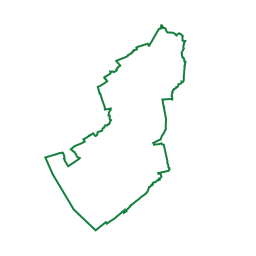 Vulturesti, Olt, Romania (Albers equal-area conic projection), rotated 336°
{"feature_id": "2599482B48187985775349", "entity_name": "Vulturesti", "entity_type": "district", "adm_level": 2, "iso_a3": "ROU", "parent_name": "Romania", "parent_adm1": "Olt", "projection": "albers", "projection_center": [24.352, 44.735], "detail": "fine", "context": "isolated", "style": "outline", "palette": "green", "viewbox_px": 256, "rotation_deg": 336, "n_neighbors": 0, "source": "geoboundaries", "source_scale": "gbopen_adm2", "svg_char_len": 5665}
<svg xmlns="http://www.w3.org/2000/svg" viewBox="0 0 256 256"><g transform="rotate(336 128 128)"><path d="M135.9,188.1L135.8,186.8L136.6,186.9L137.3,186.8L138.0,186.6L138.7,186.1L138.9,184.6L139.1,183.1L138.8,183.0L138.8,182.8L137.1,182.2L137.2,181.5L147.5,183.6L148.0,183.4L148.7,182.8L148.9,182.6L149.1,182.6L149.1,182.0L149.4,181.3L149.2,181.2L149.0,180.7L149.2,179.7L149.5,178.8L149.7,177.7L149.7,177.1L149.6,176.3L149.8,175.6L150.3,174.9L150.6,174.2L150.7,173.3L153.8,158.3L153.8,157.7L152.5,156.9L152.5,156.3L152.2,155.5L150.7,155.5L150.2,155.5L144.9,153.8L145.0,151.9L148.9,151.8L151.3,151.7L152.6,151.7L153.1,151.8L153.2,151.6L155.5,149.2L157.2,148.0L158.2,147.6L159.8,146.3L160.7,145.3L161.9,144.7L164.7,138.5L166.0,136.2L166.5,134.7L167.2,131.9L167.5,130.9L167.9,129.0L168.3,127.0L168.7,125.9L168.8,125.0L168.9,124.6L169.4,124.2L169.6,123.8L169.6,123.6L169.4,123.3L169.3,122.8L169.8,120.9L170.4,118.4L170.8,117.2L171.0,116.0L178.4,118.7L179.5,119.3L179.8,119.9L180.0,120.0L180.8,118.4L180.7,117.6L180.7,117.3L181.0,117.0L181.2,116.7L181.1,116.4L181.4,116.1L181.5,115.6L181.7,115.0L182.0,114.8L182.1,114.6L182.7,114.2L182.8,114.0L182.8,113.7L183.2,113.6L183.3,112.7L184.2,112.1L185.3,111.9L185.5,111.7L185.4,111.2L185.9,111.0L186.6,111.2L187.1,111.0L187.9,111.1L188.8,110.2L189.3,110.6L189.9,110.6L190.1,110.4L190.9,110.0L191.1,109.8L191.2,109.6L191.4,109.3L191.7,108.6L191.8,108.5L192.3,108.5L194.0,108.9L194.5,108.9L195.5,108.4L195.7,107.9L195.8,107.3L196.3,107.5L197.3,108.2L198.4,106.9L199.1,105.3L199.5,104.7L199.6,104.3L200.5,102.5L201.9,100.2L202.2,99.3L204.2,96.1L204.6,95.0L204.6,94.5L205.7,93.8L205.7,93.2L206.0,92.7L206.3,92.1L206.6,91.8L206.9,91.6L207.2,91.5L207.4,91.1L207.5,90.6L206.7,90.1L206.5,89.9L206.5,89.7L206.9,89.2L207.1,88.5L207.3,88.0L207.4,87.8L207.1,87.3L207.1,87.1L207.4,86.6L207.4,86.4L207.3,86.2L206.9,86.2L206.6,86.1L206.5,85.8L206.5,85.6L206.6,85.2L206.6,84.5L206.8,83.7L206.9,83.2L207.4,82.8L207.3,82.5L207.3,82.2L207.3,81.4L208.6,80.2L209.5,79.6L209.9,79.1L211.3,78.1L211.1,77.7L211.3,77.3L211.8,75.7L212.4,75.1L212.9,74.5L213.4,74.2L213.4,73.5L213.6,73.2L214.2,72.7L214.7,72.6L215.1,72.1L215.6,71.8L213.4,70.3L213.8,69.8L213.9,69.0L214.2,68.0L215.2,66.7L215.1,65.9L215.4,65.8L215.4,65.7L215.1,65.5L214.9,65.2L214.8,64.9L214.6,63.9L213.6,62.9L213.2,62.3L211.3,62.5L210.8,62.7L210.3,62.7L210.1,62.7L209.9,63.1L209.6,62.7L209.6,61.9L209.4,61.6L208.2,59.6L206.7,58.6L202.9,56.8L202.5,55.0L202.6,53.5L202.7,53.1L202.7,52.5L202.5,52.1L201.4,51.1L201.0,49.8L200.9,49.7L200.7,49.1L200.6,48.4L200.7,48.0L200.5,47.8L200.4,47.7L200.2,48.0L199.3,48.6L199.2,48.9L199.7,50.6L199.2,50.6L196.6,50.0L195.9,50.6L194.5,51.5L191.2,53.9L190.6,54.2L190.2,54.6L184.7,58.7L183.1,59.7L182.2,60.4L181.3,60.9L181.1,61.4L180.5,61.4L180.3,59.9L180.3,59.7L180.3,59.0L174.8,58.4L173.7,58.4L172.2,58.1L171.4,57.9L171.2,57.9L171.0,58.0L170.8,58.0L170.1,57.9L168.5,57.8L168.3,57.9L168.2,58.9L168.4,59.6L168.2,59.8L167.1,59.8L165.6,59.4L164.5,59.4L164.3,59.6L164.2,59.6L163.9,59.6L163.9,59.8L163.9,60.0L164.2,60.2L164.0,60.3L162.8,60.6L161.7,60.7L161.6,61.1L160.9,61.2L159.1,61.4L158.6,61.3L157.7,61.4L157.6,61.6L157.6,61.9L155.1,62.3L153.6,62.3L147.6,61.9L144.6,61.9L145.2,64.4L145.9,66.5L146.0,66.8L145.9,66.9L146.2,67.7L145.9,67.7L145.5,68.2L143.6,68.3L143.2,68.8L142.5,68.9L141.6,69.4L141.3,70.0L141.4,70.3L141.0,70.4L141.0,70.5L141.0,70.8L140.4,70.9L139.8,71.0L139.2,71.1L137.8,71.2L137.4,70.4L137.0,70.3L136.1,69.9L136.0,70.0L135.7,69.9L134.9,69.7L134.7,69.4L134.2,71.1L126.8,72.1L126.8,72.5L126.9,72.8L127.0,73.5L127.4,73.9L127.5,74.6L128.1,76.7L123.9,77.7L120.2,78.1L117.1,78.2L116.1,85.2L116.6,85.3L115.9,91.3L115.5,96.1L115.4,97.5L115.3,99.4L114.9,100.2L114.7,101.0L114.4,101.7L116.2,102.3L120.2,103.2L119.9,103.8L119.5,104.3L119.0,104.6L118.6,104.7L118.4,104.8L117.5,105.6L117.2,106.0L116.8,106.2L115.3,108.6L116.3,109.2L116.2,109.9L115.7,110.6L114.9,112.3L115.0,112.5L115.2,113.1L115.8,113.9L115.6,114.1L114.9,114.0L113.4,115.7L112.9,116.5L112.4,116.8L111.8,116.5L111.5,116.6L110.8,116.7L110.1,117.1L109.8,117.2L109.4,117.1L109.1,116.6L108.6,116.4L108.3,116.3L107.7,116.5L107.4,116.7L106.9,117.6L106.7,117.7L106.6,117.8L106.4,117.6L105.6,118.0L104.9,118.0L104.6,118.1L104.1,118.7L103.7,119.5L103.3,119.7L102.8,120.0L102.5,120.0L101.6,119.7L98.9,119.4L98.6,119.5L98.1,119.9L98.0,120.4L97.4,121.3L97.0,121.6L96.1,121.9L95.8,122.1L95.1,122.1L94.8,121.9L94.4,120.5L94.3,119.9L94.0,118.7L90.6,119.3L90.5,119.1L90.9,118.9L89.2,119.2L89.2,119.5L84.1,120.2L82.7,120.2L83.0,122.5L83.0,122.8L82.9,122.9L78.4,123.1L74.3,122.9L71.6,122.9L67.1,124.2L67.9,125.8L68.2,126.8L68.9,127.4L69.3,127.9L69.1,128.1L69.5,129.4L69.8,131.2L69.8,131.6L69.6,132.9L69.8,133.6L70.4,134.6L71.7,135.9L71.0,136.3L57.8,138.6L56.9,131.9L57.1,131.5L57.3,131.1L57.1,129.8L57.8,129.6L57.9,129.4L58.4,126.7L58.6,125.4L58.5,125.1L58.5,124.5L58.2,123.8L56.3,123.5L55.1,123.1L54.5,123.0L51.8,122.8L40.5,121.3L40.4,139.8L42.9,160.4L45.1,178.8L45.2,180.2L56.8,208.3L69.5,205.0L69.8,206.8L74.0,205.9L77.1,205.5L79.7,205.0L82.3,204.1L87.3,202.8L88.2,202.4L90.4,201.8L90.2,202.0L90.2,202.3L90.1,202.7L90.2,202.8L89.8,203.8L92.8,203.4L92.8,202.4L94.8,201.8L96.5,201.1L98.2,200.6L98.2,200.0L102.6,198.9L104.5,198.4L106.8,197.9L109.7,197.2L110.6,196.9L111.7,196.4L115.0,195.8L118.6,194.9L119.1,194.4L120.0,194.0L120.9,193.0L122.9,191.2L123.1,190.6L123.3,190.5L123.8,190.8L124.7,190.4L126.3,190.1L126.4,189.5L126.5,189.5L127.1,190.0L127.4,190.0L127.6,189.6L128.0,189.3L128.0,188.6L128.3,188.3L128.8,188.3L129.2,188.1L129.8,188.4L130.6,188.4L130.9,188.6L131.2,188.7L133.3,187.7L133.9,187.8L134.4,188.1L134.8,187.7L135.5,188.1L135.9,188.1Z" fill="none" stroke="#15803d" stroke-width="2"/></g></svg>